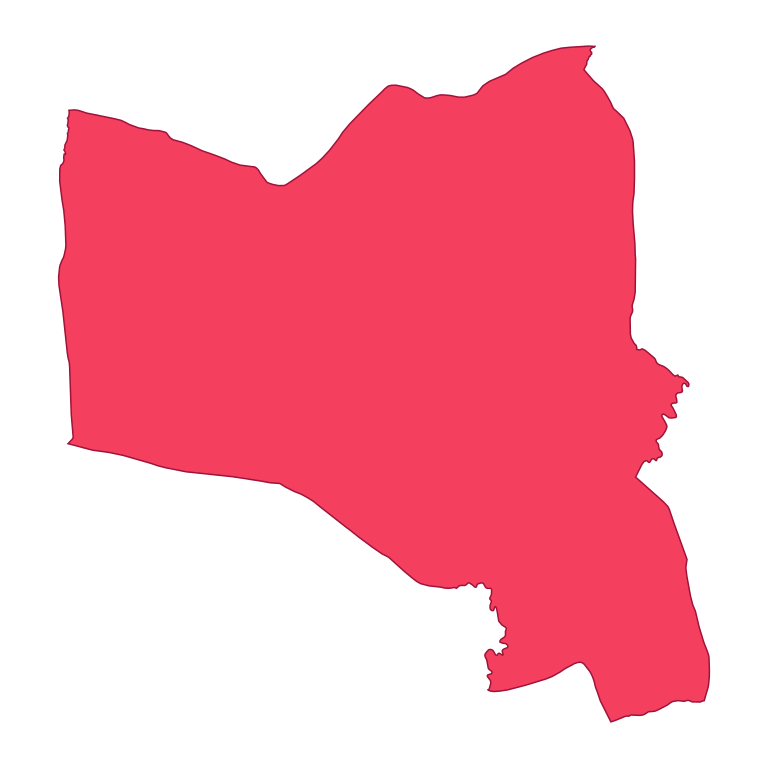 outline of Phayu, Si Sa Ket, Thailand
{"feature_id": "78962969B85522874194306", "entity_name": "Phayu", "entity_type": "district", "adm_level": 2, "iso_a3": "THA", "parent_name": "Thailand", "parent_adm1": "Si Sa Ket", "projection": "orthographic", "projection_center": [104.391, 14.901], "detail": "fine", "context": "isolated", "style": "filled", "palette": "rose", "viewbox_px": 768, "rotation_deg": 0, "n_neighbors": 0, "source": "geoboundaries", "source_scale": "gbopen_adm2", "svg_char_len": 6015}
<svg xmlns="http://www.w3.org/2000/svg" viewBox="0 0 768 768"><path d="M68.9,110.3L69.2,112.1L69.0,115.3L68.4,117.0L67.5,118.3L68.4,120.1L68.0,121.0L68.0,123.0L67.5,124.5L67.4,125.6L67.7,126.7L68.8,127.7L68.8,129.0L68.4,130.2L68.4,131.9L67.4,133.5L67.8,135.2L67.2,140.2L64.9,145.1L64.9,147.7L64.0,149.8L64.0,150.2L65.0,151.5L65.6,153.9L65.4,154.3L64.5,154.0L64.1,154.2L63.7,157.8L64.0,160.1L63.7,161.4L62.8,163.6L60.7,165.4L59.8,169.1L59.7,181.3L62.1,200.4L63.8,210.7L65.2,225.9L65.9,245.4L65.5,249.2L64.2,255.1L63.4,257.7L62.0,260.3L60.2,264.8L59.6,267.3L58.6,276.9L59.0,285.5L62.9,311.6L67.3,353.0L68.1,358.0L69.2,362.1L69.6,366.5L71.3,414.9L73.2,437.4L72.1,439.4L68.0,443.7L92.7,450.2L108.9,452.4L123.2,455.4L150.7,463.3L158.1,465.8L166.3,467.9L186.2,471.8L232.6,476.7L261.1,481.1L270.4,482.8L279.3,483.4L281.4,484.4L285.6,487.1L294.6,491.6L300.8,494.0L307.5,497.6L313.5,501.4L321.1,507.6L347.0,527.9L348.6,529.0L358.5,536.9L372.9,547.6L382.1,553.9L387.5,556.6L389.4,557.9L404.8,571.8L412.0,577.8L416.5,581.3L420.5,583.6L428.7,585.8L441.1,587.2L444.3,588.0L447.9,588.3L450.0,588.2L454.5,587.5L456.3,588.3L457.4,587.6L458.7,586.1L459.4,585.8L461.3,585.4L464.7,585.5L466.2,584.8L468.1,583.0L468.5,582.8L469.0,582.8L470.0,583.3L472.7,585.1L474.7,587.0L475.6,587.2L476.1,587.1L476.6,586.6L477.0,584.8L477.7,584.0L481.0,582.9L482.0,582.9L483.0,583.3L483.8,584.1L485.2,586.8L486.2,587.9L487.4,588.4L490.8,588.4L491.2,588.7L491.5,589.3L491.6,591.8L491.3,594.9L489.7,598.4L489.9,599.1L491.2,600.6L491.4,601.5L490.1,605.4L490.0,607.5L490.4,609.4L491.7,610.5L493.1,610.7L493.8,609.9L494.7,606.9L495.4,606.7L495.9,607.1L496.4,608.1L497.3,612.1L498.7,620.9L499.4,622.0L502.1,625.1L505.4,627.2L506.3,628.3L506.3,629.1L505.4,631.5L505.5,634.5L505.2,636.2L504.5,637.0L501.1,639.3L500.2,640.4L499.9,641.4L499.9,642.0L502.3,643.1L505.9,643.7L507.6,645.3L507.9,646.1L507.7,647.1L507.2,647.7L503.9,649.0L502.6,650.0L502.3,650.7L502.3,651.9L503.2,654.3L502.7,655.1L502.2,655.0L500.4,653.8L499.0,653.2L498.0,653.8L497.2,655.2L496.1,655.2L495.4,654.6L493.8,651.7L492.7,650.2L491.9,649.8L490.4,649.4L489.2,649.6L488.3,650.1L486.6,652.0L485.1,654.1L484.9,655.1L485.1,656.6L486.6,659.6L486.9,660.8L488.3,668.3L489.0,669.3L491.7,671.4L492.0,672.3L491.8,673.2L491.5,673.7L488.0,674.8L487.3,675.6L487.5,676.7L490.4,680.5L490.8,682.1L490.7,683.6L489.3,688.6L488.9,689.4L488.0,689.8L488.4,690.3L490.7,691.1L492.6,691.4L494.7,691.5L500.6,691.0L508.0,689.8L525.6,685.2L545.5,679.1L551.9,676.6L560.3,671.9L565.1,668.6L574.6,663.5L578.0,662.4L580.7,662.3L582.3,662.8L584.1,664.1L589.7,671.3L591.3,674.1L592.7,677.2L594.1,681.2L595.5,687.1L597.6,692.7L600.3,700.8L610.9,721.9L615.6,720.3L625.1,716.4L626.3,716.1L629.1,716.1L630.5,715.1L631.2,715.0L639.6,715.4L641.4,715.2L643.0,714.9L644.9,714.1L648.4,711.8L654.2,711.3L655.7,710.9L659.6,709.1L667.7,704.8L670.4,702.8L672.4,701.6L678.0,700.6L684.1,701.3L687.9,700.3L689.0,700.5L692.3,701.9L700.4,702.0L702.0,701.2L704.2,700.7L708.1,687.3L708.6,684.5L709.3,676.8L709.4,669.8L709.0,657.5L708.6,655.2L707.4,651.5L703.8,642.3L699.1,626.9L695.4,611.2L692.8,605.0L690.6,596.6L686.9,576.4L685.8,567.8L687.0,559.4L673.9,523.0L669.2,509.1L667.9,506.6L663.3,501.7L635.6,477.1L641.9,464.4L644.0,461.6L645.8,460.8L646.9,460.8L648.7,462.3L649.4,462.4L649.9,462.0L651.8,459.0L653.1,458.7L654.1,458.9L655.6,460.4L656.2,460.6L656.7,460.1L657.0,458.6L657.4,458.1L658.2,457.6L660.1,457.2L661.7,456.0L662.1,455.1L662.2,454.3L662.0,452.8L661.4,451.5L660.0,450.2L659.0,448.8L658.4,444.6L658.0,443.7L656.2,441.7L656.1,441.1L656.3,439.8L656.9,439.3L659.8,438.1L662.7,435.2L665.3,431.2L666.7,427.7L666.9,426.2L666.8,425.6L665.5,422.7L662.1,416.8L661.9,416.3L662.0,415.0L662.5,414.3L663.6,414.1L665.6,415.2L669.1,417.8L669.9,417.9L671.9,418.0L675.6,417.5L676.1,417.2L676.4,416.2L676.2,414.7L673.0,408.1L671.2,405.5L671.1,404.5L672.0,403.6L673.0,403.2L675.9,402.9L676.8,402.5L676.8,400.2L675.8,396.1L676.0,394.7L677.0,393.4L677.6,393.0L680.8,392.5L682.2,391.8L682.5,390.7L681.9,387.8L681.9,386.3L682.4,384.6L682.9,383.9L684.0,383.2L685.1,383.5L685.6,383.9L686.9,386.2L687.8,386.5L688.4,386.4L688.7,385.8L688.9,384.0L688.2,382.6L682.8,377.6L681.5,377.1L679.0,376.8L678.3,376.0L677.9,375.1L675.3,376.0L674.5,375.9L672.8,374.5L668.4,369.9L665.2,367.4L663.3,366.3L659.4,364.8L658.2,364.1L657.1,363.2L656.3,362.0L655.3,359.4L654.5,358.2L645.3,350.4L642.4,348.9L641.8,349.0L639.7,350.0L636.7,349.4L636.7,347.3L636.3,345.9L635.9,345.1L634.1,343.3L631.2,338.1L630.4,334.2L630.1,319.2L630.3,317.2L630.8,315.6L632.5,311.8L632.7,309.8L632.2,307.2L632.2,305.2L634.0,299.4L635.2,292.2L635.6,259.2L635.2,254.2L634.9,243.7L633.1,222.8L632.5,211.2L632.8,202.0L634.0,193.5L634.5,178.7L634.5,161.7L633.2,142.9L632.7,139.4L630.0,130.9L623.8,118.3L616.4,111.1L614.0,109.1L613.1,107.9L610.4,101.9L607.4,96.5L604.2,91.2L602.1,88.6L593.3,80.6L583.9,69.7L585.3,66.7L586.6,64.6L587.0,61.0L588.2,59.3L589.0,56.9L590.3,55.9L590.4,55.1L591.5,54.3L591.7,53.9L591.6,52.2L590.8,51.6L590.4,51.0L590.2,50.1L590.3,49.3L592.0,47.8L593.1,47.3L594.4,47.1L594.9,46.4L588.7,46.1L569.5,47.3L561.0,48.2L552.0,50.5L543.6,53.1L532.1,57.7L521.1,63.4L513.2,68.2L505.7,74.3L489.9,81.1L488.3,82.1L483.2,85.6L481.9,87.0L477.5,92.8L476.2,93.8L473.0,95.2L464.3,97.2L458.4,97.1L450.4,95.5L444.9,95.0L440.5,94.9L436.8,95.7L431.3,97.5L428.2,98.1L424.6,97.9L418.3,94.0L413.3,90.2L410.5,88.7L407.4,87.5L396.1,85.2L391.4,85.3L388.2,86.1L384.8,88.8L381.5,92.2L368.9,104.2L349.9,123.7L342.6,132.4L338.3,139.0L329.5,150.3L322.3,158.1L316.3,163.6L300.4,175.2L288.1,183.4L285.9,184.8L284.2,185.5L278.5,185.6L273.0,184.5L269.5,183.4L267.4,182.5L266.5,181.7L260.5,173.6L258.3,169.9L256.3,167.9L254.8,167.0L240.1,165.1L232.1,162.4L224.3,158.8L213.8,154.8L202.0,150.7L191.7,145.9L182.5,142.3L173.3,139.8L171.5,138.8L170.1,137.7L168.3,135.5L167.0,133.6L166.0,132.5L164.9,132.1L159.0,130.6L153.4,130.5L148.3,129.9L143.8,128.8L138.9,128.0L129.3,124.5L125.7,122.5L120.9,120.3L113.9,118.6L86.4,113.0L78.5,110.4L74.6,109.9L68.9,110.3Z" fill="#f43f5e" stroke="#9f1239" stroke-width="1.5"/></svg>